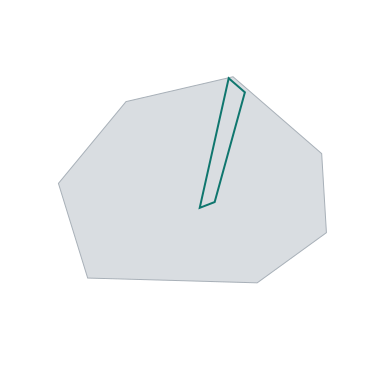 where Uaboe sits in Nauru, rotated 62°
{"feature_id": "NRU-4975", "entity_name": "Uaboe", "entity_type": "state/province", "adm_level": 1, "iso_a3": "NRU", "parent_name": "Nauru", "parent_adm1": "", "projection": "mercator", "projection_center": [166.924, -0.509], "detail": "fine", "context": "in_parent", "style": "outline", "palette": "teal", "viewbox_px": 384, "rotation_deg": 62, "n_neighbors": 0, "source": "natural_earth", "source_scale": "10m", "svg_char_len": 379}
<svg xmlns="http://www.w3.org/2000/svg" viewBox="0 0 384 384"><g transform="rotate(62 192 192)"><path d="M302.8,177.1L219.0,324.5L121.7,305.9L81.2,207.8L109.5,101.7L219.0,59.5L291.0,92.4L302.8,177.1Z" fill="#d9dde1" stroke="#a8b0b8" stroke-width="1"/><path d="M108.8,106.2L128.8,98.5L211.5,176.7L209.6,192.6L108.8,106.2Z" fill="none" stroke="#0f766e" stroke-width="2"/></g></svg>